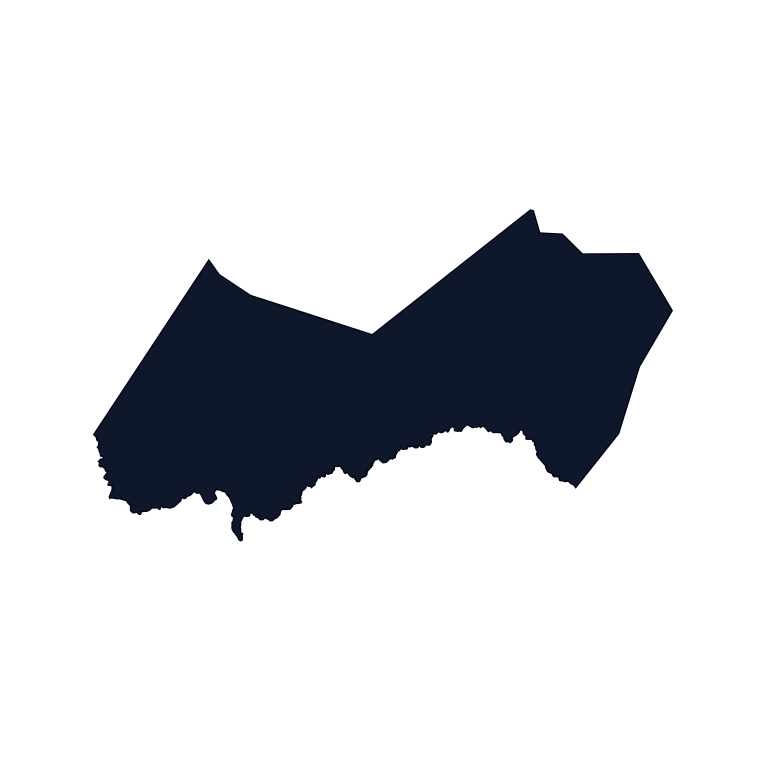 Tambura, Western Equatoria, South Sudan (Mercator projection), rotated 309°
{"feature_id": "79223893B47853667167464", "entity_name": "Tambura", "entity_type": "district", "adm_level": 2, "iso_a3": "SSD", "parent_name": "South Sudan", "parent_adm1": "Western Equatoria", "projection": "mercator", "projection_center": [26.783, 6.031], "detail": "fine", "context": "isolated", "style": "filled", "palette": "ink", "viewbox_px": 768, "rotation_deg": 309, "n_neighbors": 0, "source": "geoboundaries", "source_scale": "gbopen_adm2", "svg_char_len": 6159}
<svg xmlns="http://www.w3.org/2000/svg" viewBox="0 0 768 768"><g transform="rotate(309 384 384)"><path d="M370.0,169.9L162.0,190.3L161.8,193.8L159.8,196.0L159.8,197.9L159.5,199.1L157.8,200.2L156.1,201.0L154.4,201.2L154.4,203.3L153.2,204.1L152.6,205.0L152.4,205.7L151.8,206.7L149.8,209.2L150.3,209.8L150.7,211.7L150.4,212.6L148.9,212.8L147.5,211.2L144.1,210.9L144.1,211.9L143.5,212.8L141.3,214.0L141.2,215.6L141.9,216.2L142.7,217.3L142.6,221.0L141.5,221.8L141.3,222.5L142.6,224.4L138.0,224.9L135.8,224.9L134.9,225.5L134.8,228.0L135.4,229.2L135.6,230.8L135.1,232.0L133.9,232.5L132.3,232.8L131.9,233.5L133.3,235.4L133.6,236.9L132.5,238.0L130.8,239.2L129.0,240.0L126.9,240.3L125.8,240.9L123.5,241.5L122.6,242.7L123.9,243.7L125.9,246.7L126.7,248.7L128.0,249.9L129.8,253.2L129.8,254.0L131.3,257.1L130.3,260.4L130.0,263.4L129.1,264.6L127.6,265.4L126.5,266.4L126.0,267.5L125.9,269.5L126.5,270.6L128.8,272.5L128.7,274.7L128.9,276.0L129.5,276.7L130.5,276.5L131.6,276.0L132.5,276.0L135.2,278.9L135.9,279.8L138.8,281.2L141.3,281.4L142.2,282.2L143.2,283.6L144.7,284.9L145.2,286.1L145.2,287.4L145.5,288.6L146.3,288.5L147.6,287.5L149.0,288.4L149.1,290.2L150.1,291.4L151.5,292.6L152.1,294.2L153.1,295.9L154.9,296.9L155.9,297.8L160.6,298.8L162.9,298.9L164.0,299.4L165.7,299.4L168.0,298.1L168.9,298.9L168.9,300.1L169.9,301.5L171.1,301.7L172.2,301.6L173.7,302.0L174.7,303.0L177.2,303.7L179.9,303.8L181.4,304.8L181.3,307.2L182.8,308.4L183.3,309.6L182.6,312.4L180.1,317.3L179.4,319.5L179.3,320.5L179.6,321.8L180.2,322.1L180.8,323.7L181.7,323.7L182.4,324.5L184.1,325.3L187.3,325.3L188.3,326.0L189.5,326.1L190.3,325.1L192.0,321.2L193.3,320.1L195.0,320.0L196.5,320.1L198.3,322.8L198.9,325.2L199.5,327.0L200.2,328.3L200.2,329.4L199.2,331.3L198.7,334.9L197.4,337.9L194.5,343.3L192.5,345.8L190.7,346.0L188.9,347.1L186.9,347.5L185.6,349.5L186.7,351.4L184.6,351.8L183.2,352.8L182.1,353.1L180.7,353.1L178.3,355.2L177.0,356.0L175.8,357.3L174.6,359.8L174.4,361.7L173.7,363.6L173.6,364.7L173.0,366.9L171.7,369.0L171.7,369.9L171.9,371.0L173.1,371.9L174.3,371.4L177.3,368.8L178.6,368.4L178.6,367.6L178.0,366.9L178.2,366.3L179.4,365.0L180.8,364.0L181.7,362.7L184.6,361.0L185.6,359.9L186.8,359.3L190.6,358.3L192.1,358.1L193.4,358.1L195.1,360.9L195.9,361.8L197.3,362.2L198.4,361.4L199.8,361.4L200.8,362.5L200.9,363.1L200.5,364.0L200.3,365.6L200.9,366.8L200.1,368.5L200.9,369.2L201.0,371.6L200.7,373.0L201.9,374.8L202.8,375.4L204.4,375.4L205.2,375.9L205.6,376.5L205.6,377.8L206.2,379.2L206.1,381.0L206.4,382.1L207.4,383.0L208.9,383.6L210.3,383.6L212.0,384.6L213.2,384.9L217.1,385.1L219.5,383.8L220.9,383.4L221.8,383.4L223.0,384.3L223.9,385.3L224.7,386.6L227.7,389.7L229.0,389.8L230.3,389.6L231.3,389.9L232.5,389.1L233.4,389.0L234.3,389.9L236.5,391.4L238.4,393.5L239.6,394.2L240.5,393.9L241.0,392.3L243.4,390.7L243.8,389.8L246.2,389.4L246.5,388.8L247.2,388.5L250.2,387.5L251.3,388.4L252.7,388.3L253.7,388.5L254.7,388.3L255.7,387.6L257.2,387.5L256.9,389.6L258.1,390.8L258.4,391.7L257.8,392.6L259.4,393.0L260.1,392.9L261.7,393.8L262.7,393.4L263.1,392.7L264.3,392.5L266.7,392.3L268.2,391.9L269.2,391.2L270.1,391.9L270.3,393.1L271.4,393.3L272.2,392.6L273.2,393.2L273.6,394.7L274.5,396.2L275.4,396.3L276.2,395.8L277.2,394.6L278.1,395.1L278.2,396.1L278.7,397.1L279.5,398.0L280.4,398.2L281.3,399.0L282.4,399.6L284.0,398.8L285.3,399.2L286.2,399.2L287.7,398.0L288.3,397.3L289.0,397.2L289.8,398.6L290.7,399.8L291.8,400.7L292.5,401.6L292.4,403.0L291.8,404.3L291.7,406.3L290.5,408.1L290.1,409.1L290.1,410.1L292.1,410.9L292.1,411.8L291.3,415.3L291.7,418.5L292.4,419.3L292.4,420.5L292.0,421.3L291.7,422.7L291.1,424.1L292.8,426.2L293.6,426.1L295.7,425.4L296.9,425.4L297.9,426.1L299.0,426.6L300.3,427.5L301.4,427.8L302.1,427.5L303.2,427.5L304.3,426.5L307.2,425.8L308.3,426.2L310.0,426.1L311.6,426.3L313.8,426.1L314.4,425.6L317.6,424.8L319.6,424.8L320.7,426.0L321.9,426.5L323.1,426.5L323.5,427.3L322.3,428.6L322.2,432.8L324.5,434.9L328.6,435.5L330.1,435.4L331.1,437.8L332.0,437.8L333.2,438.7L333.9,438.9L336.0,437.7L339.0,437.2L340.4,436.6L341.7,437.7L344.6,437.5L344.9,438.2L344.9,439.5L345.5,440.1L346.5,440.8L347.8,442.5L348.8,442.5L350.2,441.9L351.1,442.5L351.4,443.5L353.2,444.6L353.7,445.8L353.7,446.6L354.5,447.4L354.0,448.2L354.6,448.7L355.1,449.5L355.9,450.1L358.8,450.0L358.7,450.9L358.3,451.7L358.3,452.5L359.0,453.6L359.6,454.3L360.3,454.7L361.4,454.9L362.6,454.7L363.3,454.9L364.7,457.2L365.3,457.8L367.3,457.7L368.5,457.3L369.7,456.3L370.1,455.7L370.8,455.2L372.2,454.6L372.8,454.7L373.8,454.7L374.7,454.4L376.2,453.2L376.8,453.5L377.7,455.7L379.2,456.0L380.3,455.8L382.0,457.6L382.0,458.6L382.7,459.5L383.8,460.1L386.0,460.5L386.9,461.5L386.7,463.3L387.3,463.8L389.4,463.6L390.4,462.8L393.4,463.8L394.7,464.6L394.7,465.5L392.2,468.2L393.8,471.1L394.9,472.0L395.3,472.8L396.1,473.7L396.9,473.7L397.6,473.4L400.4,473.2L401.1,473.5L402.8,473.6L404.3,474.1L405.2,475.0L405.2,477.0L405.9,478.0L405.9,478.5L405.5,479.2L405.9,480.2L406.8,481.1L408.1,481.9L408.9,483.5L409.7,483.5L410.9,484.0L411.2,485.2L410.9,486.2L413.7,487.4L414.0,488.6L413.7,490.4L413.7,491.8L413.3,492.7L413.3,493.5L412.9,494.1L412.9,495.1L413.7,495.7L414.8,495.7L415.3,496.6L415.0,498.9L415.3,499.8L416.6,501.0L419.3,504.7L419.8,505.7L418.5,508.5L418.3,510.4L416.8,512.2L416.2,513.8L416.0,515.0L416.9,516.5L418.1,516.3L418.1,517.2L417.7,518.7L419.0,519.2L420.8,519.2L421.7,518.8L422.4,517.4L424.0,517.3L427.3,518.7L430.1,519.2L431.3,519.2L432.6,518.8L434.1,518.8L435.2,520.1L435.1,521.5L434.4,522.2L433.1,524.0L433.1,526.8L432.3,527.8L430.8,528.8L431.1,529.9L434.0,533.3L434.0,534.3L433.3,535.7L433.3,536.4L434.1,537.6L431.4,539.2L431.3,541.0L429.5,542.6L428.5,544.1L428.0,546.2L426.3,546.4L425.1,547.2L425.1,548.3L424.6,548.8L424.0,550.1L424.0,551.3L423.4,554.1L422.3,560.8L420.7,562.5L420.4,563.7L419.2,565.6L419.2,567.7L420.1,570.0L420.1,571.4L419.1,573.1L418.9,574.3L420.4,576.0L421.6,577.8L421.6,579.0L420.3,580.1L419.7,581.2L421.7,584.6L422.0,585.9L423.9,587.7L424.6,589.3L424.2,591.8L425.1,594.9L424.2,598.1L493.1,597.5L558.1,571.5L622.4,561.7L645.4,499.9L609.8,456.4L612.6,428.3L599.3,410.0L612.6,391.0L611.2,388.3L414.8,343.9L368.7,224.4L365.2,187.1L370.0,169.9Z" fill="#0f172a" stroke="#020617" stroke-width="1.5"/></g></svg>